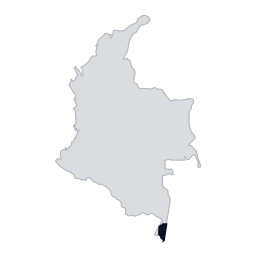 location of Leticia, Amazonas, Colombia
{"feature_id": "7082276B43275073099169", "entity_name": "Leticia", "entity_type": "district", "adm_level": 2, "iso_a3": "COL", "parent_name": "Colombia", "parent_adm1": "Amazonas", "projection": "robinson", "projection_center": [-70.12, -3.618], "detail": "medium", "context": "in_parent", "style": "filled", "palette": "ink", "viewbox_px": 256, "rotation_deg": 0, "n_neighbors": 0, "source": "geoboundaries", "source_scale": "gbopen_adm2", "svg_char_len": 4615}
<svg xmlns="http://www.w3.org/2000/svg" viewBox="0 0 256 256"><path d="M147.5,23.1L145.0,24.3L140.0,25.7L136.5,32.1L134.2,33.2L131.3,36.9L129.1,41.6L127.5,51.1L123.2,59.1L123.5,59.5L125.2,59.1L126.8,58.2L127.4,58.5L128.0,59.9L130.0,60.3L131.5,66.8L134.5,70.1L134.8,71.4L135.2,74.1L134.1,75.7L133.8,81.7L134.7,83.2L136.9,83.8L138.4,87.5L139.3,88.3L140.7,88.9L143.9,88.3L149.8,89.0L151.1,88.9L154.4,87.6L158.6,89.2L161.7,89.4L170.0,100.6L170.9,100.3L171.9,100.9L174.1,99.8L175.9,99.6L178.3,100.2L181.4,100.2L187.8,99.0L188.7,98.4L192.2,99.0L193.2,99.9L193.7,102.0L193.3,103.2L192.1,104.6L191.4,106.2L191.3,108.3L190.7,109.8L189.6,110.7L189.1,112.2L189.4,114.0L188.8,122.5L189.3,123.2L189.6,126.6L191.1,131.2L191.8,132.5L193.0,133.5L195.3,137.2L194.8,138.5L189.0,144.3L188.8,145.6L189.9,145.1L191.6,145.6L192.2,147.0L196.5,151.1L196.4,152.6L197.6,155.7L197.4,156.4L200.4,165.0L200.5,166.9L198.0,167.4L197.9,161.6L197.6,160.4L194.8,155.2L194.2,154.8L192.4,155.4L189.3,159.2L187.8,159.8L186.7,159.2L185.5,157.0L184.8,156.5L184.0,158.4L185.0,160.1L171.3,160.1L168.7,159.4L165.0,160.3L165.0,169.1L171.4,169.2L173.2,171.7L173.0,173.8L173.3,174.5L171.8,174.9L169.5,173.5L165.5,175.2L162.6,175.6L162.4,185.3L164.1,187.7L167.6,190.3L168.1,192.0L167.8,193.7L168.7,195.8L169.8,196.9L169.8,198.1L170.4,199.5L163.6,240.6L161.2,238.1L160.3,235.9L159.2,234.9L156.9,235.6L154.4,234.5L162.3,220.6L162.1,219.3L155.5,215.9L154.8,215.0L151.7,213.2L149.9,213.7L148.9,214.7L146.5,214.9L144.6,213.5L142.3,212.5L139.5,214.8L138.7,214.8L136.7,215.8L134.6,216.2L131.9,215.2L129.7,215.9L128.1,215.7L127.5,215.0L125.6,214.2L125.4,213.2L125.9,211.5L125.1,208.1L124.7,207.6L123.2,207.5L121.5,206.3L121.1,205.5L121.5,204.2L121.2,203.0L119.5,200.3L117.1,199.6L114.8,197.3L112.5,196.5L111.5,194.9L110.5,191.2L108.1,188.4L106.4,187.4L105.9,186.1L104.2,185.9L101.9,184.1L100.8,184.0L100.1,184.8L98.0,183.9L96.1,182.5L94.2,182.2L93.0,181.3L90.8,178.7L88.4,177.5L87.0,177.9L86.5,179.9L85.7,180.2L82.9,179.7L82.4,180.1L81.7,180.0L78.3,178.6L74.9,178.1L74.1,174.8L71.9,173.6L71.3,172.1L69.8,172.2L64.0,169.3L61.6,167.2L59.6,166.0L57.5,163.7L57.1,162.8L55.5,161.4L56.3,159.7L58.3,158.4L60.9,159.4L61.2,157.4L60.3,155.6L60.7,151.5L61.4,150.6L62.8,149.8L63.7,150.1L64.2,149.5L66.3,149.8L67.0,149.5L68.6,147.9L69.3,146.5L70.0,146.7L71.7,144.5L71.4,142.3L73.0,141.8L74.7,138.2L75.5,138.1L75.8,136.4L78.8,130.5L77.7,131.2L76.6,130.8L76.8,128.8L76.4,128.5L75.5,130.1L74.6,128.5L74.9,126.0L73.5,126.5L73.6,125.9L75.5,123.9L76.3,119.6L75.7,118.0L75.3,111.4L75.0,110.2L73.4,108.6L75.9,106.7L76.8,105.3L75.7,102.4L74.2,99.9L74.2,98.4L75.1,98.6L75.4,94.5L74.6,93.0L73.6,92.9L70.3,86.9L69.1,85.7L70.0,82.8L71.0,81.5L70.8,79.3L71.5,79.4L72.9,81.4L73.5,81.1L75.7,79.2L75.8,77.5L77.6,75.6L75.1,69.5L74.2,68.5L75.3,66.6L75.9,66.7L76.8,68.6L78.4,69.9L80.7,73.3L81.7,74.0L81.0,74.8L80.8,75.6L81.1,76.1L82.4,76.2L83.0,75.2L82.6,71.1L82.1,69.0L80.9,67.5L81.3,66.9L83.6,65.9L88.6,61.9L90.3,58.2L91.5,56.8L93.0,55.9L94.8,56.1L96.2,55.7L96.6,54.5L95.7,51.9L96.7,48.3L96.7,46.5L97.4,45.5L97.2,45.0L95.4,46.3L97.2,43.8L98.5,40.0L105.7,33.2L110.3,34.9L111.8,34.8L109.9,35.6L109.6,36.6L110.2,37.6L110.9,37.9L111.6,37.2L113.1,33.3L113.4,31.1L114.0,30.4L115.0,30.1L119.6,31.0L123.9,30.7L130.9,25.1L136.2,22.7L137.5,20.4L137.9,18.7L138.8,18.0L139.8,18.0L140.5,17.0L142.9,15.5L145.5,15.4L148.2,16.7L149.5,19.0L149.7,20.6L147.5,23.1ZM66.4,149.0L66.1,149.3L65.5,148.8L65.3,148.1L65.6,147.6L66.1,147.8L66.4,149.0Z" fill="#d9dde1" stroke="#a8b0b8" stroke-width="1"/><path d="M159.5,234.9L159.8,235.0L160.2,235.9L160.3,236.0L160.6,236.3L161.0,236.5L161.1,237.1L161.1,237.9L161.2,238.1L161.6,238.3L162.1,238.3L162.4,238.5L162.8,239.2L163.0,239.4L163.4,240.0L163.6,240.1L163.7,240.3L163.8,240.4L163.7,240.6L164.0,240.4L166.6,224.0L163.5,224.0L163.4,224.1L163.2,224.1L163.2,224.3L163.3,224.3L163.3,224.5L163.2,224.6L163.1,224.4L163.1,224.5L163.0,224.3L162.9,224.5L162.7,224.5L162.6,224.9L162.6,225.0L162.5,225.3L162.4,225.2L162.3,225.3L162.2,225.2L162.1,225.3L162.0,225.1L161.9,225.2L161.8,225.4L161.7,225.4L161.8,225.5L161.7,225.6L161.8,225.6L161.7,225.7L161.6,225.8L161.4,225.8L161.5,225.9L161.5,226.0L161.4,226.0L161.5,226.1L161.3,226.2L161.2,226.2L161.3,226.2L161.2,226.4L161.2,226.2L161.1,226.3L161.0,226.2L160.9,226.3L161.0,226.5L160.9,226.6L160.7,226.7L160.5,226.4L160.4,226.5L160.4,226.4L160.2,226.3L160.0,226.5L159.9,226.5L159.7,226.6L159.4,226.8L159.4,226.7L159.2,226.6L158.9,233.3L159.0,233.4L159.4,233.7L159.4,233.8L159.5,233.8L159.4,233.9L159.5,233.9L159.4,234.0L159.5,233.9L159.5,234.0L159.5,234.4L159.6,234.6L159.5,234.9Z" fill="#0f172a" stroke="#020617" stroke-width="1.5"/></svg>